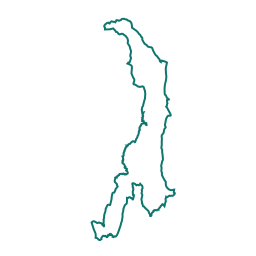 Charala, Santander, Colombia (Equal Earth projection), rotated 175°
{"feature_id": "7082276B93438937234991", "entity_name": "Charala", "entity_type": "district", "adm_level": 2, "iso_a3": "COL", "parent_name": "Colombia", "parent_adm1": "Santander", "projection": "equal_earth", "projection_center": [-73.153, 6.177], "detail": "fine", "context": "isolated", "style": "outline", "palette": "teal", "viewbox_px": 256, "rotation_deg": 175, "n_neighbors": 0, "source": "geoboundaries", "source_scale": "gbopen_adm2", "svg_char_len": 5791}
<svg xmlns="http://www.w3.org/2000/svg" viewBox="0 0 256 256"><g transform="rotate(175 128 128)"><path d="M142.4,228.2L137.5,227.9L134.1,228.5L132.6,226.6L131.8,225.5L131.7,224.9L130.9,224.7L130.1,224.1L129.3,222.6L128.4,222.0L126.0,222.4L124.9,222.2L124.6,221.7L123.9,221.3L123.3,220.6L122.3,219.9L120.7,217.2L120.4,215.0L120.9,212.5L120.5,211.6L119.3,209.5L118.8,206.3L118.3,204.8L118.5,203.3L118.8,201.8L119.2,201.1L119.4,199.7L119.4,198.8L119.0,198.2L118.9,197.1L119.7,195.7L119.9,194.8L120.4,193.8L121.0,193.3L121.9,193.2L122.9,192.2L120.1,190.8L118.9,189.5L118.8,189.0L118.9,187.3L119.8,182.1L118.5,177.9L118.0,177.2L117.5,175.6L117.7,174.1L118.7,172.1L118.7,171.5L118.5,171.1L117.3,170.7L115.5,169.4L114.7,168.6L114.1,168.4L112.8,167.9L109.8,168.2L109.5,168.0L108.8,167.3L107.9,163.4L107.8,160.5L108.5,156.1L110.7,150.2L111.0,148.9L111.9,147.7L112.7,145.3L112.5,141.6L111.2,142.0L111.9,140.7L112.3,139.5L111.8,138.7L112.0,138.2L112.3,138.4L112.5,136.6L112.9,136.6L112.5,135.8L113.3,135.0L113.3,134.7L112.9,134.2L113.2,134.0L113.3,133.7L112.8,133.6L112.3,133.2L111.8,133.5L111.5,132.2L111.2,131.9L109.4,131.3L109.1,128.6L110.4,130.7L111.5,131.2L111.9,131.3L114.2,130.9L114.9,129.3L115.4,129.1L115.5,128.7L116.6,127.3L116.7,126.0L116.5,125.8L116.4,125.9L116.3,125.2L116.7,124.4L117.2,124.2L117.6,123.3L117.5,122.7L117.7,121.9L118.3,120.6L118.4,120.1L119.3,119.0L119.3,118.4L120.0,117.2L120.8,116.3L122.1,113.4L122.5,113.3L122.9,114.0L123.7,114.2L124.3,114.4L124.8,114.2L126.1,113.3L127.5,112.0L128.2,112.0L129.1,111.6L129.6,110.7L130.5,110.7L130.3,110.5L130.7,110.4L130.7,109.8L131.3,109.5L131.4,109.1L131.8,109.0L132.0,108.4L132.5,108.1L132.6,107.2L133.0,106.9L133.2,106.0L133.6,105.7L133.5,105.1L134.4,104.1L134.3,103.6L134.6,103.0L134.7,101.2L134.9,101.1L134.9,100.8L135.1,100.5L136.0,100.2L135.4,98.7L135.8,97.4L135.4,96.9L135.8,95.7L136.3,95.7L136.2,94.8L136.6,94.4L136.6,93.6L136.0,93.0L135.6,92.9L135.0,92.0L134.3,90.1L133.9,89.7L134.1,89.3L134.8,89.0L134.7,88.6L132.7,87.5L132.7,87.1L133.6,85.9L133.4,85.6L132.9,85.7L132.6,85.1L132.2,84.0L132.2,82.9L133.5,82.0L134.7,82.5L135.1,81.9L135.6,82.1L136.5,83.0L137.4,82.6L137.9,82.9L138.5,82.7L139.0,83.0L140.4,82.9L141.0,81.8L141.9,81.7L142.3,81.0L143.1,80.8L143.5,79.5L144.1,79.5L144.6,79.9L145.1,79.7L145.1,78.5L145.7,77.3L145.9,75.6L143.9,73.0L144.0,72.0L143.4,70.6L145.7,68.2L146.4,66.4L147.3,64.9L148.6,64.8L149.2,64.3L150.2,61.1L150.6,58.5L152.4,53.1L152.7,52.8L154.0,53.3L154.8,53.2L155.3,52.8L157.3,49.3L157.7,47.1L159.0,44.2L159.5,42.2L159.7,40.3L160.4,38.7L160.2,37.8L160.7,35.1L160.3,33.5L160.4,32.2L160.6,32.1L160.9,32.3L161.1,33.8L161.3,33.9L161.6,33.6L161.9,33.7L162.7,35.4L163.9,35.7L164.8,36.3L165.5,36.4L166.4,36.0L166.9,36.0L169.4,37.8L170.5,38.1L171.4,37.9L172.5,37.0L170.9,30.0L169.5,25.6L169.5,23.5L169.8,21.4L168.4,21.0L166.4,18.9L165.6,18.8L165.0,19.3L164.2,19.5L164.0,21.0L162.4,22.7L161.5,22.7L160.9,22.3L159.8,22.5L159.3,22.1L158.9,21.2L158.1,21.2L157.5,22.0L157.5,22.4L157.1,23.1L156.7,22.8L155.9,22.8L155.9,23.3L155.4,24.0L155.1,24.1L154.6,23.4L154.2,23.5L154.2,22.9L153.3,22.8L152.8,21.9L152.9,21.2L152.5,21.2L152.2,20.6L151.8,20.5L151.1,21.2L149.5,21.0L148.0,22.8L146.9,24.8L143.9,31.5L143.3,33.5L142.2,35.9L141.1,40.4L141.0,42.9L139.9,46.1L139.6,47.9L138.0,51.1L137.4,51.8L136.2,52.5L135.8,53.2L135.5,54.4L135.1,58.5L134.1,58.2L133.0,58.9L132.2,58.9L131.3,58.1L130.2,57.7L129.7,56.5L129.2,56.5L127.9,60.5L128.8,60.8L128.9,61.7L128.8,64.4L128.1,65.8L128.0,67.0L128.2,67.5L128.1,68.3L128.5,68.9L128.3,69.8L128.6,72.0L128.2,72.5L127.4,72.5L125.8,71.6L124.6,70.2L123.8,70.6L122.1,70.0L120.7,71.4L120.5,71.1L120.5,70.6L119.0,69.4L118.7,68.1L118.7,67.0L119.7,65.1L119.6,63.8L120.2,61.6L119.6,60.4L119.7,59.2L120.2,58.0L120.3,57.1L120.9,56.1L120.7,54.9L120.7,53.8L120.5,53.1L120.7,51.7L120.2,51.1L119.9,48.8L118.8,48.3L118.4,47.5L114.8,43.4L114.5,41.7L113.7,40.2L113.5,38.4L112.8,38.4L112.5,38.6L112.2,39.1L112.2,39.9L111.8,41.0L111.0,41.8L110.3,42.1L110.0,43.1L109.7,43.4L109.4,43.2L109.1,43.7L108.7,43.9L107.9,43.7L107.3,43.9L106.4,43.4L105.2,44.0L104.7,43.9L104.6,44.8L104.2,45.2L103.0,46.1L102.2,47.5L101.7,47.7L100.4,49.1L100.0,49.0L98.5,46.9L97.3,50.5L96.7,51.6L96.8,54.1L96.1,55.8L95.9,55.4L95.3,55.5L92.6,57.0L92.0,56.6L90.5,56.8L89.8,56.6L88.9,56.8L88.1,57.3L87.0,58.8L87.1,59.1L87.9,59.5L88.0,60.0L87.4,62.6L88.2,62.6L88.8,62.3L90.3,62.3L91.3,62.6L92.9,63.5L94.6,65.6L95.2,67.6L95.3,69.2L95.0,71.0L96.3,73.2L98.3,78.1L98.1,80.5L98.4,81.4L98.5,82.9L98.0,85.3L98.3,87.2L96.8,92.0L96.1,93.0L95.9,94.2L95.9,98.7L96.1,101.0L95.8,103.5L96.4,104.6L96.5,105.3L95.8,108.5L95.6,111.5L95.2,113.7L95.2,117.0L94.9,117.9L93.0,120.0L91.9,123.7L90.4,125.3L90.5,126.1L90.9,127.1L90.9,128.0L89.4,133.3L88.8,134.5L87.7,136.1L86.9,136.7L84.7,136.6L84.4,136.8L84.5,138.2L87.3,144.8L88.1,145.9L87.3,146.9L86.8,149.0L86.6,149.1L86.8,151.4L86.6,152.8L85.9,153.1L85.0,152.7L84.8,153.0L86.7,154.9L87.4,157.2L88.2,157.9L88.4,158.4L88.4,160.3L88.2,163.6L87.5,167.8L85.9,172.6L85.3,176.0L85.4,179.5L85.2,184.1L83.5,189.8L85.1,190.9L86.5,191.4L87.2,191.8L87.6,191.6L88.5,192.2L88.9,192.1L89.3,191.6L89.5,190.8L89.9,191.1L90.5,192.1L90.5,193.4L90.7,193.9L91.6,194.8L92.6,196.8L94.1,198.2L94.8,199.6L96.3,203.1L96.9,205.6L97.9,206.4L98.7,206.5L101.0,207.3L102.2,209.0L104.3,210.7L104.4,211.2L105.1,212.4L106.1,214.8L105.9,216.1L106.0,216.7L107.0,217.9L107.6,219.5L109.0,220.9L109.6,222.2L111.0,224.0L115.2,227.5L115.2,230.6L115.6,232.6L116.7,234.2L118.8,235.2L119.9,236.3L121.1,236.4L122.2,237.1L124.5,237.2L124.9,237.0L125.3,236.4L127.0,235.7L128.1,235.7L128.9,236.3L130.1,236.4L131.1,234.8L131.5,234.4L132.3,235.0L133.6,235.1L135.1,235.7L136.2,235.1L137.2,233.7L137.6,233.8L138.4,234.6L139.6,234.5L141.5,233.3L142.4,232.4L142.8,231.7L142.8,231.0L142.2,230.1L142.4,228.2Z" fill="none" stroke="#0f766e" stroke-width="2"/></g></svg>